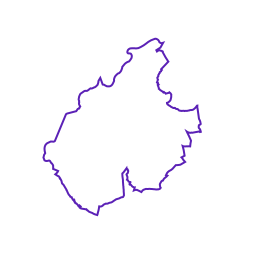 Garleni, Bacau, Romania (Robinson projection), rotated 295°
{"feature_id": "2599482B15530605072103", "entity_name": "Garleni", "entity_type": "district", "adm_level": 2, "iso_a3": "ROU", "parent_name": "Romania", "parent_adm1": "Bacau", "projection": "robinson", "projection_center": [26.781, 46.656], "detail": "fine", "context": "isolated", "style": "outline", "palette": "violet", "viewbox_px": 256, "rotation_deg": 295, "n_neighbors": 0, "source": "geoboundaries", "source_scale": "gbopen_adm2", "svg_char_len": 5720}
<svg xmlns="http://www.w3.org/2000/svg" viewBox="0 0 256 256"><g transform="rotate(295 128 128)"><path d="M220.1,123.8L219.2,122.8L218.8,121.8L219.0,120.3L220.1,119.0L220.6,118.0L220.8,116.2L220.4,114.9L219.1,113.6L217.2,111.8L214.6,110.0L212.1,108.7L209.6,107.3L206.9,105.4L205.2,104.0L204.7,103.5L203.5,101.6L203.0,100.2L202.0,98.0L201.0,96.3L200.1,95.6L199.1,95.1L198.2,95.0L197.1,95.1L196.2,95.5L195.8,96.1L195.7,96.6L195.9,97.1L196.4,98.3L196.5,99.2L196.1,99.9L195.4,100.7L194.2,101.3L192.9,101.6L191.3,101.4L189.7,101.1L188.6,100.7L188.0,100.0L187.3,99.4L185.9,98.5L184.8,98.0L181.0,97.0L179.6,97.4L177.0,97.6L176.2,97.5L174.5,97.0L173.9,96.7L173.3,96.0L172.4,95.5L170.8,94.9L169.3,94.5L167.8,94.5L166.4,94.7L165.6,95.0L165.0,95.4L164.4,95.5L162.8,95.5L160.8,95.4L159.6,95.0L158.6,94.4L158.0,93.7L157.5,92.8L157.3,92.2L156.9,91.4L156.9,89.5L157.1,88.2L156.7,86.7L161.7,81.7L158.8,81.4L157.9,81.4L157.0,81.8L154.4,82.2L152.3,81.5L150.9,80.7L150.4,80.1L149.5,79.4L148.7,78.7L148.3,78.1L148.2,77.6L148.1,77.3L147.3,76.8L145.6,76.0L144.5,75.3L144.3,75.1L143.6,73.5L143.3,73.1L142.8,72.7L142.2,72.3L141.2,71.8L140.1,71.1L139.4,70.7L138.2,70.3L137.4,70.4L136.0,70.4L133.3,71.1L132.7,71.4L131.9,72.3L131.2,72.5L130.8,72.9L129.9,73.0L128.6,73.8L127.3,75.6L126.1,75.3L125.9,75.3L125.9,75.5L125.0,75.5L124.5,74.9L124.0,74.4L121.4,74.0L115.6,67.0L115.0,66.4L114.7,66.2L114.2,66.0L85.9,67.2L85.2,67.2L84.6,66.8L84.2,66.4L83.1,63.7L80.2,61.3L79.5,60.9L78.0,60.4L76.3,60.4L75.0,60.7L73.9,61.1L71.8,62.3L70.8,63.2L70.4,63.3L70.1,63.6L68.3,63.3L66.4,63.7L65.4,63.9L65.1,64.3L63.4,66.0L63.4,67.3L63.8,68.4L64.4,69.3L65.1,70.1L65.2,70.3L65.2,70.9L65.1,71.3L64.2,72.6L63.8,73.3L63.7,74.0L62.9,75.3L62.5,75.9L60.7,76.8L60.2,77.1L59.7,77.3L59.3,77.4L59.5,82.8L58.4,82.8L56.9,82.4L55.3,81.7L54.9,84.4L54.9,85.8L53.7,87.8L53.3,87.7L52.8,89.0L52.0,90.0L50.0,91.6L49.8,91.9L49.4,93.2L49.3,93.5L46.2,98.1L45.8,98.6L45.5,98.7L45.3,99.2L44.1,100.5L42.6,102.4L42.3,103.2L41.8,104.3L41.6,104.4L41.4,104.7L41.5,104.9L41.4,105.4L41.0,106.4L41.2,106.5L40.4,107.4L40.2,107.8L39.7,108.3L39.8,108.7L39.7,109.1L39.9,109.2L39.3,109.6L38.8,110.3L39.2,110.4L38.7,110.8L38.5,111.3L37.8,111.7L37.8,112.2L37.7,112.5L37.6,113.0L37.8,113.2L37.3,114.3L37.0,115.2L36.4,115.8L36.1,116.6L37.3,116.8L36.8,118.4L35.5,118.3L35.5,118.6L35.2,118.8L35.3,119.8L35.8,121.7L36.1,122.6L36.3,123.6L36.8,124.6L36.5,125.3L36.3,125.4L36.1,126.1L36.2,126.4L35.7,127.9L35.7,129.2L35.9,131.6L35.7,133.0L35.8,134.7L36.1,136.9L37.3,136.8L38.4,136.5L40.8,136.1L42.5,135.7L44.8,135.0L45.0,135.6L45.2,136.3L45.9,137.2L47.2,138.0L48.1,138.2L48.4,138.4L48.8,138.8L50.0,139.7L50.5,140.9L50.7,141.2L51.0,141.6L52.3,142.7L53.5,144.3L54.1,144.8L54.9,145.3L55.5,145.6L58.4,147.4L60.4,149.7L61.6,150.6L62.4,151.3L63.1,152.4L63.5,152.7L65.2,152.8L66.8,152.0L68.5,151.0L70.0,150.3L72.1,149.0L72.7,148.8L73.5,148.2L77.8,145.8L78.6,145.5L81.8,143.4L83.9,142.3L84.4,142.1L86.0,142.7L87.9,143.1L90.9,143.7L90.6,143.9L90.5,144.2L90.5,144.8L89.8,145.3L89.7,145.6L89.8,145.8L89.7,146.0L89.1,146.3L88.8,146.5L87.0,146.8L86.7,146.7L85.9,146.3L85.2,146.3L83.5,148.1L82.2,148.7L81.6,148.9L80.7,148.9L80.7,149.0L80.5,150.2L80.1,150.6L79.9,150.9L79.7,151.1L79.7,151.7L79.7,152.1L80.0,153.0L79.7,153.2L78.4,153.0L77.8,153.0L77.5,153.3L77.4,153.6L77.8,154.3L77.8,154.5L76.9,156.4L76.7,157.0L76.8,158.0L76.7,158.9L76.9,159.2L73.9,159.7L74.9,160.6L75.1,160.9L75.3,161.6L75.7,162.2L75.7,163.0L75.7,165.3L75.6,167.2L77.6,167.6L78.7,168.3L80.3,169.9L80.9,171.3L81.2,172.0L81.4,172.2L82.1,173.6L82.5,174.8L82.8,175.4L83.5,177.5L83.8,178.1L84.1,179.3L84.5,180.2L84.8,180.5L84.9,180.9L85.1,181.3L86.0,182.3L86.6,182.7L87.6,182.9L88.1,182.1L90.1,180.8L90.7,180.6L91.4,180.6L93.8,180.8L94.6,181.2L94.9,181.7L95.2,181.9L96.4,181.9L97.7,182.2L100.1,183.4L101.4,183.8L101.2,182.4L103.5,182.4L104.8,182.7L106.3,183.4L108.2,184.8L109.8,185.6L114.5,187.0L115.4,188.7L116.2,190.0L116.9,191.0L121.4,194.1L122.2,192.2L122.8,191.1L123.6,189.9L124.0,188.9L126.8,191.0L131.5,187.8L134.8,185.1L134.8,185.9L134.9,186.4L137.2,191.0L137.6,192.1L140.6,191.1L143.1,190.5L146.2,187.0L149.0,183.5L149.6,182.8L149.5,183.4L149.5,184.4L149.8,186.1L150.2,186.9L150.6,187.3L150.7,187.8L150.9,188.3L155.1,194.2L155.1,194.4L154.8,194.6L154.7,194.9L155.3,195.6L156.5,194.6L157.0,194.1L157.4,193.6L157.8,192.5L158.2,192.0L159.3,191.4L160.5,191.1L161.9,192.1L162.4,192.2L162.9,191.8L164.3,190.8L165.3,189.8L166.2,188.6L166.7,188.2L174.9,182.9L175.9,182.1L177.6,181.4L177.4,181.1L177.0,181.0L176.3,180.9L174.7,180.5L173.3,179.9L172.2,179.3L171.6,178.7L171.1,177.9L170.4,176.6L169.7,176.0L169.3,175.3L168.7,174.6L168.5,174.3L168.3,173.8L168.0,173.3L167.5,172.2L167.3,172.1L167.2,171.7L167.1,171.1L166.2,169.5L166.0,169.1L166.0,168.7L165.7,168.1L165.5,166.9L165.7,166.2L166.0,165.6L166.1,164.9L166.0,164.5L165.7,163.8L165.7,162.9L165.8,162.6L166.0,162.3L166.0,161.9L165.9,161.7L165.5,161.1L165.3,160.7L165.4,157.9L165.7,157.0L165.7,156.3L165.8,155.4L166.1,153.9L166.6,153.1L167.3,152.7L167.9,153.4L168.9,154.0L170.5,154.6L171.5,154.7L174.3,154.1L175.8,153.4L176.6,153.1L177.2,152.2L177.5,151.6L177.8,150.4L177.3,150.3L175.1,147.7L175.5,147.1L175.5,146.2L175.6,145.4L175.5,145.1L175.8,145.0L175.7,144.7L175.3,144.7L175.6,144.0L176.0,141.1L176.5,139.9L176.5,139.4L177.3,139.0L179.4,136.9L179.9,136.9L180.2,137.2L180.5,136.3L181.3,136.4L181.5,136.2L181.6,135.0L183.8,134.8L184.0,134.7L184.6,134.7L185.0,134.0L186.0,133.3L187.7,133.6L188.7,133.1L189.6,133.3L190.4,133.2L191.1,133.5L192.0,133.2L192.8,133.6L193.3,134.0L194.3,133.8L194.9,134.1L195.3,133.2L205.2,136.5L205.6,135.7L206.1,135.1L207.9,132.2L211.4,127.4L212.0,127.2L212.1,126.2L211.6,123.1L209.6,121.9L210.5,120.8L214.6,123.4L220.1,123.8Z" fill="none" stroke="#5b21b6" stroke-width="2"/></g></svg>